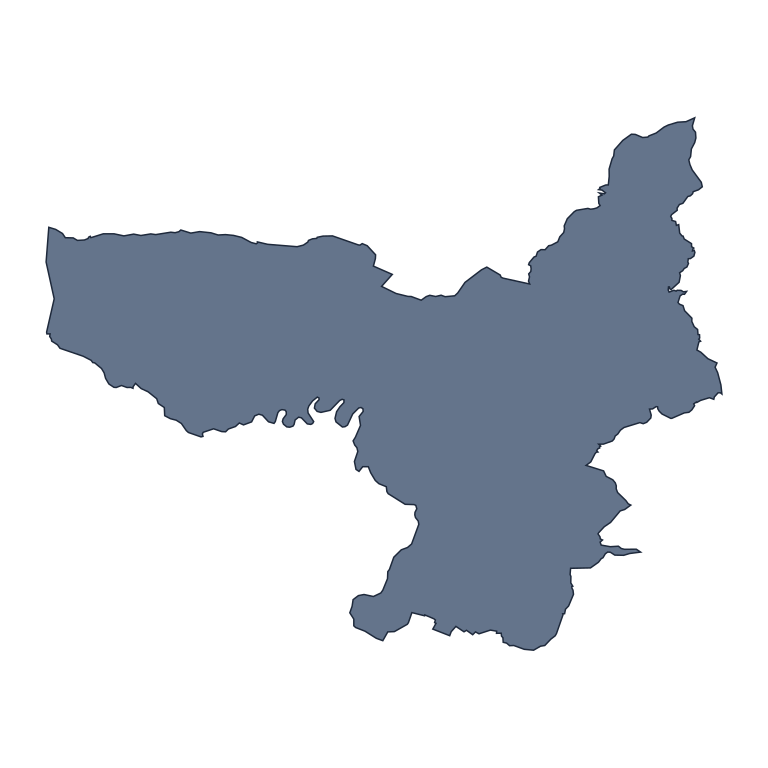 Baraolt, Covasna, Romania
{"feature_id": "2599482B42421662365067", "entity_name": "Baraolt", "entity_type": "district", "adm_level": 2, "iso_a3": "ROU", "parent_name": "Romania", "parent_adm1": "Covasna", "projection": "equal_earth", "projection_center": [25.601, 46.06], "detail": "fine", "context": "isolated", "style": "filled", "palette": "slate", "viewbox_px": 768, "rotation_deg": 0, "n_neighbors": 0, "source": "geoboundaries", "source_scale": "gbopen_adm2", "svg_char_len": 6106}
<svg xmlns="http://www.w3.org/2000/svg" viewBox="0 0 768 768"><path d="M640.6,552.1L636.3,549.2L624.5,549.3L621.3,548.5L618.4,546.2L610.3,546.7L601.2,545.1L600.1,542.1L602.5,540.0L600.3,538.9L600.0,536.8L598.0,533.9L598.7,532.7L604.3,526.7L610.6,522.4L620.2,510.9L624.7,509.5L630.8,505.1L628.2,503.8L625.9,500.6L617.6,492.5L616.2,488.8L616.3,485.8L615.3,482.9L612.8,479.8L606.2,476.4L603.6,470.9L586.1,465.4L590.8,461.9L595.0,453.7L596.3,452.2L597.9,452.0L596.7,450.6L598.0,448.7L599.7,448.0L599.5,446.8L600.7,446.1L598.7,444.2L603.5,444.1L612.3,441.0L614.1,439.0L615.2,436.0L617.8,434.0L620.4,430.2L624.0,427.5L639.9,422.6L643.2,423.7L646.7,422.3L650.8,418.0L651.2,415.1L649.5,409.1L652.6,408.9L656.1,406.6L657.6,406.8L657.8,408.8L659.2,411.2L662.0,414.0L670.8,418.4L671.9,418.3L684.3,412.9L688.9,412.3L691.8,409.9L694.6,405.7L693.7,403.9L696.4,402.0L696.8,402.5L700.6,400.4L709.4,397.7L713.8,399.3L714.3,397.0L718.1,392.8L720.4,392.8L721.9,394.0L720.9,384.9L717.7,372.8L715.1,367.2L717.0,363.0L707.9,358.7L700.8,352.2L696.9,350.0L698.9,341.9L700.6,341.2L698.8,339.2L699.7,338.0L699.5,334.7L698.0,334.5L697.6,329.5L694.2,326.7L691.8,321.4L691.9,318.2L684.6,310.7L683.0,305.6L679.5,304.2L678.0,302.5L680.1,295.9L682.5,294.2L684.5,294.3L686.6,291.4L683.4,291.8L681.1,290.4L677.2,290.3L676.1,291.1L673.9,290.3L669.1,292.1L668.2,290.0L668.5,286.9L669.4,286.9L669.9,288.9L671.1,289.6L679.1,282.3L680.4,275.6L679.6,272.8L682.7,270.7L684.2,268.5L686.9,267.0L688.5,263.4L687.8,262.1L688.3,258.7L690.4,258.6L693.9,256.1L694.9,252.4L694.2,250.3L692.5,250.9L692.9,249.0L693.8,248.1L691.6,246.7L691.5,243.6L684.2,239.0L683.1,236.1L682.0,235.9L679.7,233.1L678.7,224.6L676.4,225.4L675.6,221.5L671.9,220.4L671.9,218.4L670.7,216.4L671.6,214.6L677.2,210.3L677.1,208.1L679.4,204.5L682.9,203.3L687.8,196.5L690.4,195.8L692.6,193.7L693.2,191.7L698.5,189.8L702.3,186.8L701.3,182.3L692.2,169.9L689.9,164.5L688.8,159.8L690.6,156.6L691.4,148.9L694.7,142.6L695.9,138.0L695.5,132.2L693.0,129.1L692.4,125.8L694.7,117.8L686.0,121.7L677.6,122.2L668.3,125.0L664.0,127.1L656.2,133.0L648.9,135.9L647.8,137.1L642.6,137.5L635.3,134.4L631.4,134.2L622.8,140.4L614.4,149.9L613.7,156.0L612.1,158.8L609.1,169.1L609.2,176.4L608.3,184.9L605.7,185.0L599.8,187.4L600.1,188.4L598.6,189.6L602.0,190.1L605.5,192.8L604.4,193.8L599.3,193.0L601.9,195.1L598.4,196.8L598.8,203.3L600.1,205.6L596.9,207.9L593.7,208.8L590.6,209.2L587.9,208.4L576.5,210.3L574.2,211.7L567.3,218.7L564.2,225.9L564.5,228.8L563.7,232.5L559.8,236.8L557.8,241.8L551.3,245.2L548.7,245.7L545.1,249.7L541.0,249.6L537.5,252.0L536.1,256.2L534.0,257.0L529.3,262.6L528.6,264.7L530.7,265.8L531.1,268.8L530.8,271.5L528.7,273.9L529.5,276.9L528.5,281.1L529.7,284.0L502.9,278.1L501.1,277.2L500.2,275.0L486.8,267.1L481.5,269.8L465.0,282.4L457.7,293.0L454.7,295.8L445.1,296.7L441.1,295.2L435.7,296.5L429.8,295.3L426.2,296.6L421.2,300.2L411.2,296.5L407.9,296.4L396.1,293.5L381.6,286.4L392.3,274.4L373.4,266.1L375.4,258.6L375.6,254.8L367.2,245.7L362.2,243.6L360.0,245.1L358.3,244.9L332.5,235.9L323.0,236.1L317.2,237.3L316.7,238.4L312.5,238.8L308.5,240.4L307.8,242.1L303.4,245.1L297.1,246.7L267.6,244.3L257.4,241.9L257.5,242.9L256.2,243.8L251.2,242.5L241.7,237.4L233.5,235.4L225.5,234.6L218.1,235.0L211.0,232.8L199.6,231.6L190.8,233.1L180.8,230.0L178.9,231.7L175.1,232.7L170.8,232.2L155.7,234.6L150.8,233.9L140.9,235.5L133.7,234.1L123.9,235.9L114.0,233.8L103.3,233.8L91.8,237.4L90.8,237.6L90.2,236.3L88.6,237.2L88.1,238.5L84.4,240.0L77.4,240.4L73.2,237.9L65.3,237.7L62.5,233.5L55.7,229.4L48.8,227.3L46.1,262.0L54.2,298.8L46.6,332.1L46.9,333.9L50.1,333.9L49.7,336.5L51.3,338.9L51.7,341.1L57.5,344.8L60.0,348.3L83.1,356.2L91.1,360.3L92.8,362.6L94.6,362.8L101.5,368.5L104.1,372.8L105.6,378.4L108.9,384.0L113.9,387.3L116.2,387.5L121.5,385.5L127.0,387.5L130.7,387.4L133.0,388.3L133.1,386.7L135.5,383.4L141.2,388.6L148.1,391.8L156.7,398.7L158.3,403.5L164.3,407.5L164.7,415.7L170.4,418.7L176.2,420.2L181.4,423.5L186.3,430.6L188.4,432.5L201.0,436.9L203.0,436.4L202.4,433.9L203.2,432.3L213.6,428.8L221.7,431.6L225.6,431.8L228.4,429.0L235.5,426.5L239.3,423.0L243.5,424.9L251.6,421.9L254.7,415.9L258.8,414.2L262.4,415.2L268.5,421.8L274.0,423.4L275.3,421.6L277.9,412.6L279.5,410.6L281.9,409.6L285.0,410.1L286.2,411.6L286.3,414.5L283.1,418.8L282.4,421.5L283.5,424.2L286.8,426.9L289.8,427.2L293.0,426.1L294.1,424.4L295.1,420.0L298.6,417.2L301.4,417.8L307.3,423.9L310.8,424.4L312.6,423.5L313.7,421.6L308.1,413.0L307.7,409.2L308.9,405.9L312.6,400.9L317.3,397.1L319.0,398.0L319.1,399.6L315.2,403.8L314.4,408.1L317.1,411.4L320.9,412.4L330.2,410.3L339.7,400.5L342.1,399.3L344.0,399.9L343.9,402.6L339.9,406.8L336.6,411.7L335.0,418.4L336.0,421.9L342.4,427.0L345.0,426.7L347.5,425.1L352.7,414.0L358.7,408.0L361.0,407.5L362.9,408.7L363.2,411.4L359.1,416.5L360.5,425.4L355.4,437.2L353.1,440.9L354.7,445.0L356.9,447.7L357.8,451.5L354.4,461.5L356.0,469.4L359.0,471.4L362.7,466.7L368.3,466.7L370.7,472.8L375.3,480.5L378.9,483.7L386.3,486.7L386.9,491.6L388.2,493.7L405.1,504.3L414.1,504.6L415.8,505.4L416.8,508.8L415.0,512.3L414.8,514.9L415.5,517.6L418.2,521.0L418.8,524.3L411.6,544.0L407.5,547.5L401.3,549.8L393.8,557.2L389.4,569.5L387.8,571.6L387.5,578.7L382.8,590.2L380.8,593.0L373.4,596.5L364.0,594.5L358.4,595.6L353.1,599.6L352.1,606.3L349.8,612.8L353.8,619.1L353.8,625.8L355.6,627.5L365.0,631.2L376.3,638.3L382.8,640.7L387.8,631.9L394.4,631.6L407.3,624.3L408.4,622.7L411.9,612.6L424.6,615.8L424.8,614.9L433.9,618.8L435.4,620.0L434.6,622.6L436.0,623.3L432.8,629.1L449.7,635.7L451.2,631.7L455.9,626.4L464.0,631.8L466.5,630.3L472.7,634.7L475.5,631.9L479.0,633.8L490.4,630.1L496.7,631.2L496.5,633.3L501.2,633.2L501.5,636.1L502.9,637.7L503.2,642.3L506.6,643.1L509.6,645.7L513.8,645.5L524.2,649.3L533.6,650.2L540.5,646.2L544.8,645.5L550.9,639.1L555.2,635.8L556.5,633.5L563.0,614.8L562.7,613.8L564.6,613.7L565.5,609.2L568.6,606.0L573.5,594.3L573.0,590.2L571.9,588.1L571.8,586.5L572.8,586.2L570.8,582.9L570.9,576.4L570.1,574.5L570.6,568.3L590.5,567.9L598.5,562.2L601.2,558.7L603.0,557.7L605.3,553.8L607.6,552.1L610.3,552.2L614.8,555.1L623.7,555.3L629.7,553.5L640.6,552.1Z" fill="#64748b" stroke="#1e293b" stroke-width="1.5"/></svg>